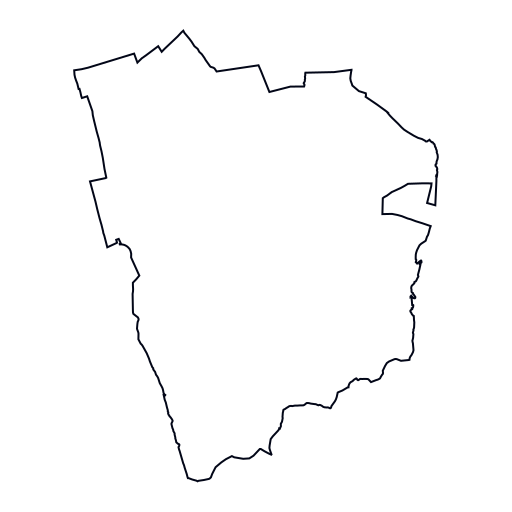 the district of Dumesti, Vaslui, Romania
{"feature_id": "2599482B81898841183447", "entity_name": "Dumesti", "entity_type": "district", "adm_level": 2, "iso_a3": "ROU", "parent_name": "Romania", "parent_adm1": "Vaslui", "projection": "albers", "projection_center": [27.317, 46.829], "detail": "fine", "context": "isolated", "style": "outline", "palette": "ink", "viewbox_px": 512, "rotation_deg": 0, "n_neighbors": 0, "source": "geoboundaries", "source_scale": "gbopen_adm2", "svg_char_len": 6019}
<svg xmlns="http://www.w3.org/2000/svg" viewBox="0 0 512 512"><path d="M272.0,455.0L271.5,454.5L269.9,450.0L269.4,448.0L269.6,445.6L270.7,439.1L272.8,436.3L278.4,430.3L279.0,429.2L279.2,428.4L279.8,428.7L280.9,426.2L280.8,423.9L282.0,421.7L282.7,418.1L282.5,416.9L282.6,415.7L282.8,412.9L283.2,411.2L283.3,410.1L283.6,409.7L285.4,408.8L286.1,408.2L288.1,407.0L288.9,406.4L290.0,406.0L291.1,405.9L292.2,406.1L294.9,405.6L297.4,405.6L300.1,405.4L302.2,405.4L303.5,405.3L304.5,404.8L306.4,403.2L306.9,403.0L308.9,403.1L310.8,403.6L314.6,404.1L315.8,404.2L318.3,405.3L319.3,404.9L320.2,405.0L321.7,405.7L323.3,406.9L324.6,407.3L326.8,407.5L327.8,407.4L328.5,407.6L330.1,408.3L330.6,408.1L331.0,407.7L331.5,406.0L334.9,401.3L335.9,399.4L336.7,397.1L337.7,392.6L338.1,392.3L342.4,390.5L347.8,387.3L348.5,387.3L348.6,385.9L349.0,384.6L349.6,383.3L350.6,382.2L352.6,381.1L353.7,379.9L355.9,378.5L356.4,378.4L356.8,378.8L357.3,379.7L357.9,380.1L358.4,380.1L360.0,379.0L360.6,378.9L362.1,379.0L364.9,378.9L367.4,379.0L368.4,379.3L371.0,382.1L376.4,380.0L377.6,379.7L379.2,378.9L380.0,378.4L381.0,376.5L382.0,374.9L382.9,373.8L383.0,372.8L382.8,370.7L385.1,365.9L386.8,363.1L389.0,361.5L394.4,359.2L395.3,359.0L396.7,359.1L401.0,360.8L408.9,360.0L409.5,359.8L409.6,358.4L410.0,357.3L410.4,356.5L411.4,355.2L412.3,353.5L413.0,352.1L413.5,350.2L412.9,343.2L412.6,342.1L412.4,340.7L412.8,339.2L413.1,337.8L413.4,334.1L412.9,332.8L413.5,330.3L413.4,329.5L413.8,328.6L414.1,327.3L414.3,322.3L414.0,320.0L413.8,316.0L413.3,315.8L411.9,314.2L411.1,312.5L410.4,311.6L410.4,311.1L410.4,310.6L411.3,309.7L412.0,309.3L411.7,308.8L411.7,308.2L412.8,307.8L413.1,307.0L413.3,305.7L413.2,305.1L412.2,305.1L411.6,298.3L411.6,297.4L411.3,297.1L410.5,297.4L410.5,296.5L411.2,295.7L412.8,297.5L413.4,298.0L414.4,298.3L415.0,298.2L415.3,297.8L415.3,296.9L413.5,294.3L413.1,294.1L412.9,293.0L412.1,292.6L411.7,292.2L411.5,291.3L411.5,289.7L411.2,288.2L411.3,287.0L411.8,285.7L413.1,284.5L414.3,283.3L414.4,282.8L414.3,282.2L415.0,281.7L415.8,281.3L416.3,280.6L417.3,278.4L418.3,276.7L418.4,276.3L417.9,275.0L419.4,269.3L420.4,264.8L419.9,264.6L419.6,264.2L419.6,263.6L420.2,263.2L421.2,262.8L421.5,262.3L421.5,261.8L421.3,260.8L421.0,260.5L420.3,260.9L417.8,262.9L417.4,263.5L417.1,263.6L416.8,263.4L416.3,262.5L415.8,262.2L415.9,261.6L416.2,260.6L416.2,259.6L416.0,259.3L415.7,259.1L415.7,256.7L415.8,254.5L416.2,252.6L417.0,250.2L419.5,245.3L421.2,243.7L424.9,241.3L425.7,240.7L427.0,236.7L428.0,235.1L428.9,232.1L429.8,228.5L430.7,226.1L422.2,223.2L415.7,221.2L410.7,219.3L407.7,218.5L401.9,216.2L397.6,215.0L392.0,213.9L382.4,214.1L382.8,198.2L383.9,197.3L387.0,195.6L391.7,192.1L401.1,187.8L404.7,185.8L408.0,183.8L423.2,183.3L431.5,183.4L431.2,186.3L427.1,203.0L435.3,205.3L436.4,181.0L436.4,176.9L436.8,176.9L437.0,175.7L436.2,175.7L436.5,174.8L437.1,174.3L437.4,172.0L436.9,170.0L437.3,169.1L437.1,168.2L436.8,167.3L436.3,166.9L436.0,166.2L435.5,165.8L435.6,164.5L436.5,163.6L436.5,162.0L437.0,160.3L437.4,159.6L437.8,157.2L437.6,154.8L436.7,152.3L436.9,151.3L436.7,150.9L436.6,150.1L436.3,149.7L435.9,148.5L435.7,147.4L435.2,147.0L435.0,146.5L434.8,145.4L434.5,144.4L434.1,143.9L433.5,143.6L433.4,143.2L432.9,142.5L432.3,142.1L431.7,142.2L431.3,141.7L430.5,141.2L429.5,139.8L426.9,141.5L425.7,141.4L425.2,140.8L421.9,139.0L418.1,137.9L413.8,135.7L407.8,132.1L404.0,129.6L401.5,127.3L397.9,123.5L392.5,118.3L389.9,115.6L387.6,112.8L387.9,112.6L387.1,111.9L377.1,104.6L365.6,96.8L366.0,95.3L365.8,93.3L358.9,91.1L352.3,85.5L352.2,84.9L350.7,80.8L350.3,78.3L350.6,75.4L351.1,71.9L351.5,70.1L351.5,69.8L334.1,72.1L305.4,72.7L305.2,73.8L305.3,75.2L304.9,76.7L305.1,78.0L305.1,78.8L304.8,79.8L304.9,80.9L304.6,81.7L303.8,82.9L303.7,83.2L303.8,83.6L304.4,84.4L304.5,85.0L304.1,86.5L290.4,86.6L269.4,92.0L261.1,71.3L258.5,65.3L216.6,71.5L214.5,68.4L213.4,67.7L210.6,66.8L210.0,66.2L205.6,60.0L204.4,57.9L201.8,54.2L199.3,51.9L197.7,48.9L194.4,46.2L191.5,41.6L189.4,38.8L184.4,32.8L183.3,30.7L181.3,32.5L177.6,36.5L164.6,48.8L161.7,51.8L158.2,46.2L146.2,55.2L141.8,58.3L137.4,62.6L134.1,53.6L88.0,67.7L81.6,69.2L74.2,70.3L74.5,74.8L75.1,77.6L76.2,80.8L76.6,81.8L77.3,83.6L78.6,89.0L79.5,88.9L80.4,92.2L81.2,95.9L81.9,98.0L87.2,96.3L92.4,111.2L92.8,115.2L94.2,121.3L94.5,122.5L96.7,131.5L98.6,138.2L99.7,142.6L99.8,143.6L100.1,145.6L101.5,151.3L102.8,157.9L104.5,169.0L106.3,177.7L105.6,178.1L90.0,181.4L95.5,201.7L97.2,209.0L99.5,218.0L101.2,223.9L101.4,224.5L103.1,231.4L103.3,232.9L104.3,235.7L107.3,247.3L116.8,242.9L117.0,242.7L116.9,242.2L116.2,239.8L118.7,238.9L120.8,243.4L119.7,243.8L119.8,244.4L121.9,244.4L123.9,244.8L125.4,245.4L126.9,246.3L128.1,247.3L129.7,249.1L130.6,251.2L131.2,253.8L131.1,257.5L139.3,275.6L136.3,279.2L132.9,282.7L132.9,285.2L133.1,289.2L133.0,291.4L132.6,293.9L132.9,310.2L133.0,312.6L133.4,313.9L137.9,317.4L138.3,318.3L138.6,319.1L138.4,320.3L137.7,321.8L137.4,323.8L137.0,328.6L137.2,329.4L138.3,332.4L138.5,333.6L138.4,339.3L140.7,343.7L141.6,344.5L142.5,345.7L146.7,353.2L149.0,358.6L149.9,361.4L152.3,367.2L153.2,368.2L153.3,369.5L155.1,371.9L156.0,374.7L157.2,376.3L158.1,377.9L159.8,383.2L161.5,386.2L162.5,388.2L163.0,389.9L163.6,393.1L164.4,394.3L165.3,395.0L165.1,395.4L163.7,395.2L164.0,396.4L164.7,399.7L165.8,402.5L167.0,407.6L167.8,410.3L167.8,411.6L168.3,412.3L168.1,413.5L168.6,414.8L169.3,415.5L169.5,416.3L170.4,417.1L171.9,419.2L172.6,420.6L172.5,421.4L171.8,422.7L171.4,423.9L172.5,428.3L173.1,429.5L173.4,431.2L174.6,433.3L174.6,434.6L175.3,437.4L175.3,438.4L175.8,439.9L176.1,441.2L176.3,442.3L178.0,443.8L178.9,444.1L179.2,444.4L179.4,444.9L179.1,446.1L178.5,447.1L179.0,449.3L179.6,450.9L183.2,463.3L184.0,465.2L184.7,467.8L186.7,473.9L187.5,477.0L187.9,478.1L188.5,478.1L192.2,479.5L196.5,480.7L197.6,481.3L198.5,480.8L203.9,480.0L209.0,478.9L209.7,478.5L210.9,477.4L212.2,473.9L215.6,467.2L221.3,462.4L225.9,459.2L231.9,456.1L234.2,457.3L243.2,458.8L249.3,458.4L253.5,455.7L259.8,449.0L260.8,449.0L264.6,451.3L268.9,453.6L272.0,455.0Z" fill="none" stroke="#020617" stroke-width="2"/></svg>